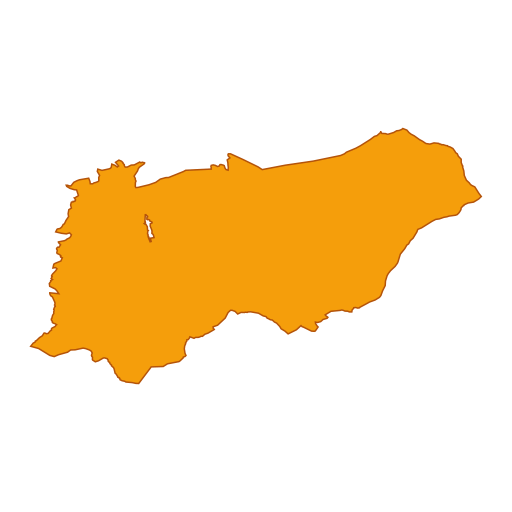 Lueta, Harghita, Romania (Equal Earth projection)
{"feature_id": "2599482B79550894620370", "entity_name": "Lueta", "entity_type": "district", "adm_level": 2, "iso_a3": "ROU", "parent_name": "Romania", "parent_adm1": "Harghita", "projection": "equal_earth", "projection_center": [25.533, 46.294], "detail": "fine", "context": "isolated", "style": "filled", "palette": "amber", "viewbox_px": 512, "rotation_deg": 0, "n_neighbors": 0, "source": "geoboundaries", "source_scale": "gbopen_adm2", "svg_char_len": 5968}
<svg xmlns="http://www.w3.org/2000/svg" viewBox="0 0 512 512"><path d="M481.3,196.5L478.9,193.4L474.8,186.9L471.7,185.4L470.4,184.4L469.3,182.9L466.4,180.2L464.3,175.5L463.8,170.9L462.7,167.3L462.8,166.1L462.5,166.0L461.2,162.5L461.2,159.2L458.3,156.2L457.3,153.8L455.7,152.7L454.8,151.1L452.9,148.5L450.2,147.0L447.9,146.3L447.5,145.7L446.1,145.6L443.3,144.7L441.3,144.7L440.8,144.1L439.4,144.0L438.8,143.4L434.0,142.9L429.9,144.1L425.9,143.5L422.5,141.2L419.5,139.6L414.2,135.8L411.1,134.2L409.0,132.6L406.9,130.1L402.8,128.5L401.6,129.5L399.1,130.5L396.6,130.8L393.7,132.5L388.2,134.2L387.2,134.2L385.6,133.6L381.7,133.4L380.8,131.8L380.8,131.1L380.5,132.5L377.0,135.6L374.4,136.4L370.3,139.5L360.5,145.7L355.9,148.2L346.4,152.2L344.5,153.8L340.6,155.5L313.3,161.1L285.3,165.2L262.2,169.6L258.1,166.9L243.2,159.6L230.5,153.8L228.4,153.8L228.0,154.3L228.1,155.8L229.9,157.9L227.2,159.9L227.9,162.9L228.0,165.2L228.3,167.3L228.1,170.2L226.1,169.6L225.1,168.3L224.2,165.6L223.5,165.2L221.0,164.5L220.0,164.6L219.1,166.1L217.5,166.5L215.4,165.4L213.2,164.9L211.2,165.4L210.9,166.7L211.3,167.7L211.1,168.4L211.2,169.1L185.7,170.3L183.5,171.5L168.6,177.5L165.8,177.6L160.3,179.1L155.7,182.4L148.9,184.8L138.1,187.4L135.9,187.6L135.3,186.6L135.4,182.6L136.0,181.1L135.3,179.6L135.3,178.5L134.1,176.1L137.5,171.0L138.3,168.7L139.4,167.2L144.1,163.9L145.0,162.4L144.5,162.8L142.2,162.2L141.1,162.7L140.4,162.6L139.8,162.0L134.3,164.9L131.2,165.1L127.4,167.0L125.6,167.1L125.1,167.0L124.7,166.4L124.2,165.2L124.3,164.7L123.0,163.3L123.0,162.7L121.5,161.2L118.9,160.1L115.5,162.3L118.6,166.0L117.3,167.0L115.0,165.3L111.8,164.1L111.2,167.4L110.4,168.3L108.9,168.9L102.0,170.4L97.8,169.1L97.3,171.4L99.6,175.4L98.7,177.5L98.8,180.8L98.2,181.5L95.3,182.6L94.1,182.8L92.7,183.8L90.3,183.8L89.9,181.3L88.7,178.2L79.4,179.8L77.0,180.7L73.8,182.3L71.0,185.9L69.3,185.9L67.5,185.2L66.2,185.2L66.7,186.4L70.0,188.4L74.2,189.7L76.6,189.9L78.4,195.5L77.5,196.4L76.5,196.7L75.3,197.7L74.3,197.9L75.6,199.9L75.3,200.8L74.7,201.0L74.6,201.4L73.3,201.4L73.4,201.7L73.0,202.0L71.8,202.0L71.3,202.3L70.6,205.0L71.4,208.1L68.8,209.7L68.1,213.8L68.6,216.6L66.0,220.4L64.8,223.0L64.2,224.0L63.2,224.4L62.1,226.5L61.1,227.6L59.9,228.5L57.7,228.9L57.0,229.3L55.7,231.9L61.6,233.3L66.3,233.9L69.6,232.9L71.4,234.8L70.6,236.6L69.6,237.8L66.8,239.2L65.8,240.1L64.4,240.7L58.4,241.9L58.5,242.6L60.6,244.8L58.9,247.3L57.6,247.2L56.6,248.3L56.6,249.1L57.3,250.2L56.8,252.9L57.3,253.6L58.8,254.2L60.5,255.4L60.9,255.8L60.9,256.3L60.5,256.7L60.8,257.2L62.3,257.8L60.9,261.0L55.0,263.4L53.8,264.2L52.9,268.0L55.6,267.6L57.0,268.8L55.7,270.8L52.6,274.0L51.6,275.5L52.1,276.3L51.8,276.5L52.1,276.8L51.1,278.5L52.5,279.5L50.7,280.6L50.9,281.3L49.3,283.5L49.7,286.3L55.0,288.9L56.8,290.7L58.8,293.7L49.8,292.8L49.8,293.8L50.4,295.2L50.9,295.9L52.4,296.9L54.6,301.7L55.0,303.1L54.9,304.4L54.5,305.0L55.2,305.8L55.3,306.5L54.7,306.8L53.9,308.8L53.7,309.5L54.1,309.9L54.1,310.5L53.7,311.9L53.8,313.5L52.6,315.3L51.7,318.7L51.3,319.0L51.4,320.1L52.4,321.4L52.2,322.0L53.0,323.0L55.5,323.9L56.4,324.6L56.0,324.7L56.0,325.3L55.1,326.5L52.0,328.1L51.4,329.0L51.5,330.1L50.1,331.0L48.2,333.4L46.4,333.7L44.8,333.0L44.0,333.1L42.3,335.8L39.5,337.6L36.2,340.8L35.4,341.0L35.0,342.2L33.2,343.1L30.7,346.3L38.6,348.5L49.8,355.4L54.2,356.6L58.6,354.7L67.6,352.2L70.6,350.0L75.2,349.8L83.1,348.1L85.7,348.6L89.5,350.0L91.2,351.1L92.2,353.0L91.5,355.1L91.5,355.7L92.0,356.2L91.9,356.5L92.5,357.2L92.4,359.6L92.7,360.1L95.3,361.8L98.5,360.8L103.3,358.0L104.6,357.9L107.3,358.7L107.6,359.5L108.2,360.0L108.1,361.0L108.7,361.9L109.6,362.3L110.0,363.7L111.5,365.0L111.4,365.7L113.4,367.5L114.0,368.5L115.1,373.2L115.9,373.8L117.3,375.9L117.8,377.2L119.1,377.6L119.2,378.2L119.8,378.4L120.0,379.7L122.0,380.7L124.8,381.3L125.8,382.0L132.2,382.6L135.9,383.4L138.7,383.5L151.2,366.9L163.2,366.5L167.5,363.8L179.0,361.6L180.0,360.9L183.1,358.0L183.3,357.1L185.0,356.5L186.0,355.5L185.0,353.3L184.3,348.8L184.7,345.9L185.7,343.6L185.5,343.0L186.8,341.0L186.9,339.7L188.2,339.6L189.5,337.9L189.9,336.8L194.0,338.3L195.6,337.4L198.1,337.4L199.9,336.9L200.9,336.3L202.5,336.3L204.9,334.2L207.9,333.2L214.1,329.6L214.3,329.4L213.2,328.3L213.1,326.8L217.6,325.2L225.2,318.1L228.1,312.5L230.5,310.3L232.1,310.3L235.1,311.4L237.7,314.0L241.0,312.4L244.5,312.5L245.3,312.2L247.3,312.4L247.8,312.0L250.6,311.8L258.5,313.2L263.2,315.9L266.0,316.6L267.3,318.3L267.9,318.4L270.3,319.7L272.4,320.1L274.4,322.0L276.6,323.1L279.7,326.4L281.1,328.8L284.8,331.0L288.1,333.9L296.4,329.8L301.0,325.6L302.1,326.7L303.4,327.1L311.5,331.1L314.2,331.3L315.3,331.0L318.1,327.0L317.0,325.8L315.6,323.6L315.4,322.1L317.5,322.5L320.7,321.6L323.0,319.5L327.1,318.3L327.9,317.3L325.6,315.5L325.2,314.8L331.0,311.3L340.2,310.4L341.6,310.0L342.9,310.2L345.0,311.1L347.6,311.2L349.3,311.9L351.8,311.9L352.1,310.0L353.8,308.1L353.8,307.7L355.6,307.5L357.8,308.1L359.5,307.8L359.8,307.3L367.1,303.4L369.6,302.0L375.1,300.0L379.5,297.3L380.9,295.5L382.6,290.8L385.2,285.6L385.5,280.9L387.1,275.7L388.4,273.4L390.5,270.7L395.1,266.4L397.4,263.2L398.0,261.8L400.3,254.2L404.8,248.6L406.8,245.1L408.6,243.9L410.3,240.7L413.0,238.3L416.9,231.9L417.6,229.8L418.0,229.3L421.5,227.9L432.2,221.2L435.7,219.4L439.3,218.9L443.9,217.3L446.9,216.8L449.1,216.1L455.6,215.2L457.2,214.6L458.9,212.9L460.1,211.1L460.9,209.7L461.2,207.8L463.3,205.7L463.9,205.5L464.1,204.8L468.1,203.0L473.6,202.1L478.7,199.0L481.3,196.5ZM146.8,219.2L147.4,219.7L147.9,219.4L149.5,219.9L149.8,221.0L151.8,221.9L152.1,222.4L151.9,223.1L150.3,223.7L150.2,226.1L151.7,229.8L152.0,231.1L151.9,233.4L153.2,234.5L154.1,237.6L150.3,238.2L151.2,241.5L150.1,241.8L148.4,237.5L148.8,237.2L148.4,236.2L148.0,236.1L148.0,234.4L147.5,233.9L147.8,231.1L148.3,230.5L147.5,230.0L147.3,226.7L145.9,224.3L145.1,224.2L144.2,223.5L145.4,222.8L145.3,221.8L144.9,221.7L145.3,214.7L146.0,214.7L146.3,215.7L147.1,215.8L147.6,216.3L147.7,216.8L146.9,217.5L146.8,219.2Z" fill="#f59e0b" stroke="#b45309" stroke-width="1.5"/></svg>